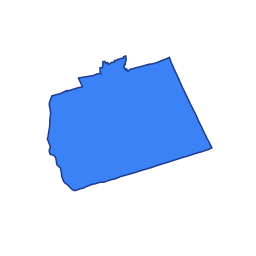 the district of North Gaza, Gaza Strip, Palestine, rotated 122°
{"feature_id": "87354302B69236118899353", "entity_name": "North Gaza", "entity_type": "district", "adm_level": 2, "iso_a3": "PSE", "parent_name": "Palestine", "parent_adm1": "Gaza Strip", "projection": "natural_earth1", "projection_center": [34.487, 31.548], "detail": "fine", "context": "isolated", "style": "filled", "palette": "blue", "viewbox_px": 256, "rotation_deg": 122, "n_neighbors": 0, "source": "geoboundaries", "source_scale": "gbopen_adm2", "svg_char_len": 4719}
<svg xmlns="http://www.w3.org/2000/svg" viewBox="0 0 256 256"><g transform="rotate(122 128 128)"><path d="M141.0,209.6L143.1,209.2L145.7,208.7L147.7,208.2L148.8,207.8L149.9,207.2L150.9,206.3L153.4,204.0L154.9,202.7L156.0,201.9L157.2,201.1L157.9,200.7L159.6,200.0L162.6,198.6L164.0,197.8L166.2,196.3L167.7,195.6L169.6,194.7L173.0,193.3L175.6,192.2L177.8,191.2L178.9,190.9L179.6,190.7L180.3,190.3L181.3,188.9L182.9,186.7L184.8,184.2L185.3,183.6L186.1,183.5L186.6,183.5L187.8,183.2L188.7,183.0L189.5,182.4L190.2,181.7L190.8,181.0L191.4,180.3L191.4,179.3L190.9,178.1L190.6,176.8L190.8,175.5L191.4,174.0L192.1,172.9L193.8,171.5L195.2,170.3L196.4,169.3L197.0,168.4L197.3,167.3L197.3,166.5L197.6,164.8L197.8,164.1L198.7,163.2L200.6,161.4L202.2,160.0L203.9,158.8L204.5,158.1L205.8,156.5L206.9,155.1L207.7,153.4L208.1,152.0L208.1,150.7L208.2,149.5L208.6,147.7L209.1,145.5L209.6,143.7L209.8,142.6L209.7,141.2L209.3,139.9L208.2,138.9L205.1,136.4L204.2,135.6L202.5,134.0L200.0,132.4L197.4,130.5L195.2,128.9L194.3,128.0L193.6,127.4L193.1,126.5L192.4,126.0L191.2,125.0L189.5,123.5L188.7,122.9L188.2,122.3L187.6,121.0L186.9,120.0L185.9,119.1L181.9,115.9L179.6,113.7L178.2,112.1L177.1,111.3L175.8,110.4L173.4,108.8L169.6,105.3L166.2,102.2L162.6,98.9L159.6,96.4L155.8,93.2L151.9,89.6L147.9,86.2L145.0,83.9L140.9,80.4L136.2,76.3L132.0,72.8L127.8,69.2L125.9,67.6L123.7,65.8L120.8,63.0L117.9,60.6L112.5,56.1L109.4,53.2L106.0,50.4L103.3,48.1L100.3,46.4L98.6,49.2L96.2,53.2L94.7,56.1L93.7,57.2L92.9,58.7L89.5,64.3L88.1,66.2L87.3,67.6L86.3,69.2L85.0,71.3L83.7,73.3L81.9,75.8L80.3,78.3L78.5,81.4L77.7,82.6L77.3,83.3L74.5,88.0L71.4,92.7L67.4,99.1L66.3,100.8L66.0,101.4L65.9,101.5L65.5,102.2L62.8,106.2L61.3,108.4L60.1,110.1L59.1,111.5L56.9,115.0L54.4,118.8L53.4,120.5L52.2,121.9L51.5,122.9L50.9,124.0L50.0,125.6L48.9,126.9L47.9,128.1L46.9,129.5L46.2,130.4L48.2,131.6L49.3,132.4L51.5,134.1L54.5,136.3L54.9,136.6L55.5,137.0L56.7,137.9L57.8,138.6L58.0,138.8L58.3,139.0L59.0,139.7L61.1,141.8L62.6,143.4L62.4,143.6L66.9,147.7L70.2,150.8L73.8,154.2L74.0,154.3L75.7,155.9L76.0,156.2L76.1,156.3L76.2,156.5L76.3,156.6L76.5,156.8L76.7,157.0L76.8,157.1L77.1,157.2L77.2,157.3L77.4,157.4L77.5,157.4L77.7,157.5L78.4,157.6L78.5,157.7L78.9,157.7L79.1,157.8L79.3,157.9L79.6,158.0L79.8,158.1L80.0,158.2L80.0,158.3L79.6,158.8L79.8,159.0L79.4,159.5L79.1,159.9L78.9,160.0L79.8,160.9L79.6,161.1L79.4,161.0L79.2,161.1L78.8,161.5L79.0,161.7L79.1,161.8L79.2,162.0L79.3,162.0L79.4,161.9L79.5,162.0L79.7,162.3L79.6,162.5L78.8,163.2L78.6,163.4L78.4,163.6L78.0,164.0L77.9,164.0L77.7,164.3L77.4,164.6L77.2,164.5L77.2,164.4L76.9,164.4L76.7,164.3L76.3,164.1L75.8,164.6L75.6,164.4L75.5,164.2L75.3,164.0L75.2,164.0L75.3,164.0L75.2,164.2L75.2,164.3L74.0,164.8L73.9,164.9L73.7,164.9L73.6,165.0L72.7,165.2L72.2,165.4L71.8,165.5L71.6,165.5L71.4,165.6L71.1,165.8L70.9,166.0L70.6,166.1L70.4,166.2L70.2,166.3L69.8,166.6L69.6,166.8L69.4,167.0L69.1,167.2L68.9,167.3L68.8,167.5L68.7,167.6L68.1,168.2L68.6,168.6L69.6,169.2L70.0,169.5L70.5,169.0L70.7,168.8L71.2,169.3L71.7,169.7L71.8,169.7L71.8,169.8L72.2,170.2L72.3,170.4L72.5,170.6L73.2,171.2L73.5,171.4L73.8,171.7L74.0,171.9L74.4,172.2L74.8,172.6L75.2,172.9L75.5,173.2L75.9,172.9L76.7,173.7L77.3,174.5L77.6,174.8L78.1,175.3L78.4,175.1L78.6,174.8L79.2,174.3L79.8,174.9L79.9,175.0L80.0,175.1L80.5,175.7L80.6,175.8L80.6,176.1L80.6,176.3L81.2,176.7L81.4,176.8L81.5,176.9L81.7,177.0L81.8,177.0L82.0,177.0L82.4,177.2L82.8,177.3L83.1,177.4L83.5,177.6L84.0,177.9L84.5,178.1L83.3,179.9L83.2,180.1L84.8,181.0L84.7,181.3L84.6,181.6L84.5,181.8L84.4,182.0L84.2,182.4L84.1,182.5L83.8,183.0L85.0,184.4L85.9,183.9L86.8,183.4L88.0,182.7L88.3,182.6L88.6,182.5L88.9,182.3L89.4,182.2L89.5,182.1L89.9,182.0L90.4,181.8L91.0,182.6L91.2,182.9L91.7,183.6L91.8,183.6L93.3,182.6L94.8,181.6L96.7,180.5L96.7,180.4L97.4,181.5L98.1,182.3L98.3,182.5L98.5,182.7L98.7,182.9L98.8,183.1L99.0,183.2L99.1,183.3L99.3,183.4L99.4,183.5L99.6,183.7L99.8,183.8L101.0,184.6L101.3,184.7L101.4,184.9L101.6,185.0L101.8,185.2L101.9,185.3L102.1,185.5L102.3,185.6L102.5,185.9L103.7,187.3L105.0,188.7L106.6,190.6L108.3,192.6L109.9,194.3L111.8,196.5L112.0,196.4L113.0,194.9L113.5,194.1L115.1,191.7L115.4,191.3L115.8,190.5L116.3,189.8L116.7,189.2L117.1,188.5L118.5,189.8L119.3,190.6L119.5,190.9L119.9,191.3L120.2,191.5L120.4,191.8L120.7,192.0L121.0,192.3L121.5,192.7L122.0,193.2L122.5,193.6L123.0,194.0L123.5,194.5L124.1,194.9L124.3,195.1L126.7,197.2L127.0,197.4L127.2,197.6L127.4,197.8L127.9,198.3L128.1,198.5L128.4,198.8L128.7,198.9L128.9,199.1L129.0,199.2L129.2,199.3L129.3,199.4L128.8,199.8L129.1,200.0L129.3,200.2L129.5,200.3L129.7,200.5L129.9,200.6L130.1,200.7L131.9,201.9L134.8,203.7L137.3,206.1L140.5,209.0L141.0,209.6Z" fill="#3b82f6" stroke="#1e3a8a" stroke-width="1.5"/></g></svg>